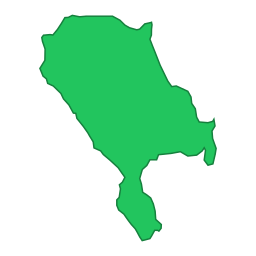 Letymvou, Paphos, Cyprus
{"feature_id": "46923920B68509889171305", "entity_name": "Letymvou", "entity_type": "district", "adm_level": 2, "iso_a3": "CYP", "parent_name": "Cyprus", "parent_adm1": "Paphos", "projection": "natural_earth1", "projection_center": [32.523, 34.848], "detail": "fine", "context": "isolated", "style": "filled", "palette": "green", "viewbox_px": 256, "rotation_deg": 0, "n_neighbors": 0, "source": "geoboundaries", "source_scale": "gbopen_adm2", "svg_char_len": 1504}
<svg xmlns="http://www.w3.org/2000/svg" viewBox="0 0 256 256"><path d="M41.8,37.5L42.5,41.4L45.1,49.0L44.9,60.3L39.9,68.4L43.1,76.2L46.4,78.8L47.7,83.4L53.3,86.0L57.2,89.8L60.9,93.4L63.5,98.9L68.9,104.9L73.4,113.1L75.8,113.3L76.9,118.4L79.5,121.6L83.4,126.5L87.7,132.6L89.5,135.8L93.2,141.8L94.0,147.9L100.7,150.9L103.3,154.5L109.6,159.8L118.1,167.6L121.7,172.8L124.9,177.3L122.4,182.2L119.4,184.8L120.5,188.8L119.2,197.4L116.8,199.9L116.8,205.3L118.7,210.0L123.9,214.1L125.8,216.9L128.5,220.7L131.3,224.4L135.2,228.7L136.9,231.6L139.9,237.2L142.2,240.6L145.0,239.9L149.9,238.6L151.5,236.1L154.7,230.3L157.6,230.3L158.9,231.1L161.1,228.3L161.3,224.5L155.7,219.4L155.1,211.1L153.3,203.9L150.7,198.0L146.9,195.0L142.7,192.3L141.4,184.0L139.7,178.5L142.3,169.5L146.8,165.5L149.9,159.8L156.6,159.8L158.5,154.7L171.1,153.4L180.4,151.7L187.8,156.0L196.7,155.1L202.2,150.9L204.2,147.8L205.5,150.3L204.2,160.1L208.0,165.2L212.9,163.9L215.2,154.1L216.1,148.4L214.2,143.1L212.6,138.5L212.0,131.0L215.0,126.0L213.9,119.3L212.7,121.4L207.9,122.7L199.2,122.0L196.6,117.1L195.3,108.7L191.7,103.4L191.0,97.0L187.8,91.3L176.3,86.0L171.7,86.6L167.8,81.1L160.1,65.2L154.7,51.4L152.8,46.7L149.9,39.2L151.4,35.1L151.5,29.1L152.0,24.8L151.5,22.3L151.0,22.5L144.8,23.9L139.6,29.2L136.7,29.8L129.3,27.7L124.9,25.1L119.9,20.2L112.5,16.2L104.8,16.2L96.4,16.2L86.4,16.2L79.6,16.8L72.3,15.4L68.3,17.4L64.9,17.6L61.5,23.3L57.5,29.4L52.9,35.0L50.1,34.6L43.5,35.2L41.8,37.5Z" fill="#22c55e" stroke="#15803d" stroke-width="1.5"/></svg>